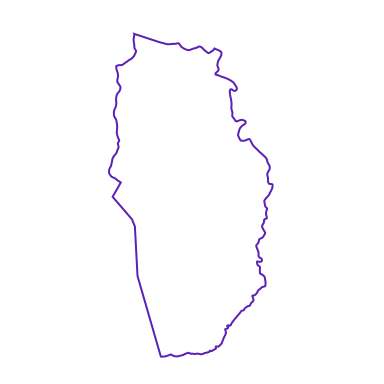 Aguanqueterique, La Paz, Honduras (Mercator projection), rotated 175°
{"feature_id": "27666195B50891803381013", "entity_name": "Aguanqueterique", "entity_type": "district", "adm_level": 2, "iso_a3": "HND", "parent_name": "Honduras", "parent_adm1": "La Paz", "projection": "mercator", "projection_center": [-87.66, 13.981], "detail": "fine", "context": "isolated", "style": "outline", "palette": "violet", "viewbox_px": 384, "rotation_deg": 175, "n_neighbors": 0, "source": "geoboundaries", "source_scale": "gbopen_adm2", "svg_char_len": 6027}
<svg xmlns="http://www.w3.org/2000/svg" viewBox="0 0 384 384"><g transform="rotate(175 192 192)"><path d="M127.3,91.9L126.8,93.6L126.6,95.5L126.9,100.4L127.4,101.6L128.1,102.6L128.9,103.3L131.1,104.7L131.4,105.0L131.3,108.1L130.9,110.2L130.9,111.2L131.1,111.7L131.4,112.2L131.9,112.7L132.6,113.1L132.9,113.4L133.1,114.0L133.3,114.8L133.4,116.5L133.2,117.0L132.9,117.1L132.7,117.1L131.7,116.8L130.6,116.5L130.1,116.5L129.6,116.5L129.1,116.7L128.6,117.1L128.3,117.6L128.2,118.1L128.3,118.9L128.8,119.7L129.4,120.3L130.1,120.6L130.5,120.9L130.9,121.4L131.2,122.0L131.3,122.7L131.1,124.2L131.0,126.3L132.6,131.9L132.7,133.0L132.6,133.3L130.8,135.1L130.2,135.8L130.0,136.2L129.5,138.2L129.2,138.9L128.3,139.5L126.3,140.2L125.5,140.7L124.9,141.4L123.4,143.4L122.9,144.0L122.8,144.4L122.7,145.1L123.0,145.9L125.0,150.3L125.1,151.1L125.2,151.8L125.0,152.5L123.1,155.2L122.8,156.3L122.7,157.4L122.4,158.1L122.2,158.3L121.7,158.6L120.0,159.2L119.8,159.3L119.7,159.5L119.8,161.6L120.2,162.9L120.2,164.1L119.5,166.8L118.8,168.2L118.7,169.0L118.9,169.6L119.8,170.5L120.1,170.9L120.2,171.3L120.4,172.5L120.8,176.3L120.8,176.7L120.4,177.5L119.3,178.8L118.0,180.1L116.1,181.8L115.4,182.6L114.7,184.0L113.1,186.4L111.9,188.4L111.1,191.4L111.2,192.3L111.4,192.6L111.6,192.9L114.4,193.4L114.8,193.9L115.0,194.6L115.2,195.2L115.3,196.0L115.3,196.9L115.1,198.9L115.2,200.3L115.5,201.9L115.4,203.1L115.2,204.1L114.8,205.0L113.4,206.8L112.9,207.6L112.6,208.3L112.4,209.1L112.4,211.1L112.8,212.2L113.6,213.7L114.2,215.2L114.4,216.0L114.4,217.0L114.5,217.5L114.9,218.8L115.4,219.7L116.0,220.4L119.2,224.0L120.9,225.7L122.6,227.8L126.4,232.1L127.5,233.9L129.2,238.0L129.6,238.9L130.1,239.6L130.3,239.8L130.6,239.8L131.5,239.7L134.6,238.7L135.4,238.5L136.9,238.6L138.2,238.8L138.9,239.1L139.3,239.6L140.1,241.2L140.8,243.1L141.1,244.5L141.0,245.8L139.6,249.2L139.2,250.4L139.0,250.8L138.0,252.1L136.5,253.4L135.8,253.9L132.9,255.5L132.6,256.1L132.5,257.0L132.5,257.7L132.7,257.9L133.0,258.2L134.7,259.1L135.9,259.5L136.6,259.5L137.4,259.5L141.0,258.5L141.5,258.5L141.9,258.6L142.6,259.3L143.4,260.9L144.9,263.1L145.2,263.8L145.2,264.9L144.8,267.6L145.4,271.1L145.5,272.5L145.1,274.6L144.9,277.0L144.9,278.6L145.1,281.5L145.5,284.2L145.6,288.6L145.5,289.6L145.3,290.2L145.0,290.6L144.5,290.9L144.0,290.9L143.5,290.8L142.4,289.8L141.3,289.1L140.7,289.0L139.9,289.1L139.1,289.6L138.5,290.3L138.3,291.2L138.4,292.1L138.8,293.1L139.4,294.4L140.8,296.9L141.7,298.0L143.0,299.1L144.7,300.4L146.5,301.5L150.7,303.6L152.9,304.5L154.6,305.5L157.8,306.7L158.2,307.0L158.4,307.5L158.3,307.9L158.0,308.4L157.0,309.2L155.5,310.4L155.2,310.7L155.0,311.2L154.8,311.9L154.8,312.7L155.7,315.4L155.7,315.9L155.6,316.7L154.8,319.5L154.4,320.5L153.9,321.2L152.9,322.5L151.9,324.1L151.2,325.2L150.8,326.1L150.7,326.6L150.6,327.4L150.6,328.2L150.7,328.8L151.3,329.5L152.5,330.5L156.3,332.5L157.0,333.0L158.7,331.2L161.2,329.9L162.1,329.3L162.9,329.0L163.4,328.9L164.4,329.5L166.3,331.3L167.3,332.2L168.1,333.1L168.3,333.6L169.3,334.7L170.5,335.8L172.0,336.3L172.7,336.3L173.9,335.7L175.3,335.2L176.3,335.0L177.3,334.9L179.5,334.4L181.9,333.6L184.0,333.8L186.5,335.0L188.2,336.1L189.7,337.3L190.5,338.4L191.9,340.9L192.7,341.3L194.3,341.3L195.3,341.1L196.3,341.0L197.3,341.2L202.4,341.2L203.4,341.3L204.8,341.7L207.9,342.9L210.2,343.6L235.7,354.5L235.6,354.2L235.7,353.8L236.6,350.4L236.9,349.2L236.9,348.1L236.7,343.3L236.8,340.5L236.6,339.8L236.1,339.0L235.7,338.2L235.5,337.6L235.5,337.1L235.8,336.1L237.8,332.7L239.4,331.1L241.0,329.9L241.8,329.5L243.3,328.9L245.3,327.6L247.9,326.2L249.9,324.9L250.4,324.7L250.9,324.6L252.1,324.6L253.8,324.7L255.2,324.5L256.2,324.2L256.4,324.0L256.6,323.7L256.6,323.3L256.5,320.6L255.6,316.8L255.5,314.7L255.6,313.4L256.5,310.8L256.6,309.9L256.8,309.0L256.8,308.4L256.6,307.8L254.4,303.7L254.1,302.8L254.1,302.0L254.5,300.8L255.1,299.4L256.1,298.1L257.3,297.0L257.8,296.3L258.5,295.2L259.0,293.8L259.5,291.8L259.7,286.3L260.1,284.8L260.6,283.4L262.0,280.9L262.5,279.8L262.9,278.0L263.1,275.7L263.1,275.0L262.9,274.3L262.1,272.3L261.4,271.1L261.1,269.9L260.8,265.6L260.8,264.2L260.9,262.7L261.7,258.4L261.8,257.4L261.6,255.6L261.1,253.1L260.0,249.8L260.0,249.5L260.2,249.1L261.4,247.5L261.6,247.1L261.6,246.3L261.4,244.9L261.2,243.4L261.3,242.9L261.4,242.4L261.6,242.0L262.0,241.6L263.5,238.2L264.1,237.1L264.9,236.2L266.0,235.3L266.8,234.5L268.5,231.7L268.6,231.2L268.9,229.7L270.3,225.4L270.7,224.5L271.5,223.5L272.0,222.6L272.5,221.5L272.8,220.4L272.9,218.6L272.8,217.8L272.3,216.6L271.6,215.3L270.8,214.3L270.1,213.8L267.4,212.3L266.3,211.2L264.9,209.9L262.1,207.7L271.5,194.1L254.2,170.1L251.9,162.7L253.6,113.1L237.4,30.8L235.5,30.5L233.0,30.6L230.7,31.0L227.3,32.0L226.3,31.4L225.0,30.5L224.2,30.1L222.6,29.7L220.7,29.5L219.1,29.8L214.9,30.4L214.6,30.5L214.1,30.9L213.3,31.3L211.5,31.7L210.3,32.0L209.6,32.1L209.0,32.0L207.5,31.0L207.0,30.9L205.9,31.0L204.3,30.5L202.9,30.4L202.1,30.4L201.3,30.6L200.9,30.6L198.1,29.9L197.6,29.6L196.0,29.6L195.5,29.6L194.5,30.0L193.5,30.6L191.9,30.5L190.2,31.0L189.5,31.0L189.0,31.1L188.8,31.3L188.1,32.3L186.4,31.8L186.1,31.8L185.7,32.0L184.9,32.6L182.2,33.6L182.0,33.8L181.9,34.0L181.8,35.8L181.7,36.0L180.7,36.0L179.5,35.6L179.2,35.6L176.4,37.8L176.0,38.3L175.5,38.9L173.8,42.4L173.0,44.1L171.3,46.7L170.7,48.0L170.5,48.7L170.4,49.1L170.9,52.3L169.9,52.7L168.5,53.1L168.0,53.4L167.8,53.8L167.8,54.1L168.2,54.6L168.5,55.3L168.6,55.5L168.4,55.8L168.0,56.0L167.6,56.1L166.8,55.9L166.1,55.5L165.8,55.5L165.4,55.7L164.7,56.5L164.0,57.8L161.9,60.1L161.2,61.0L158.9,63.3L157.4,64.8L155.1,67.0L154.0,68.3L153.4,69.0L152.7,69.4L151.5,69.5L150.7,69.8L150.1,70.5L149.6,71.4L149.3,71.7L146.8,73.2L146.1,73.5L145.4,73.4L144.9,73.5L144.2,73.9L143.6,75.0L142.5,76.5L142.0,77.0L140.8,77.7L140.3,78.6L140.2,79.2L140.2,79.8L140.5,81.3L140.9,82.8L140.9,83.3L140.8,83.5L140.3,83.6L139.0,83.6L138.4,83.9L137.8,84.2L137.1,84.8L136.2,85.8L135.0,87.6L134.3,88.5L134.0,88.7L133.3,89.1L132.6,89.5L131.8,90.1L130.9,90.9L130.4,91.1L128.6,91.5L127.5,91.9L127.3,91.9Z" fill="none" stroke="#5b21b6" stroke-width="2"/></g></svg>